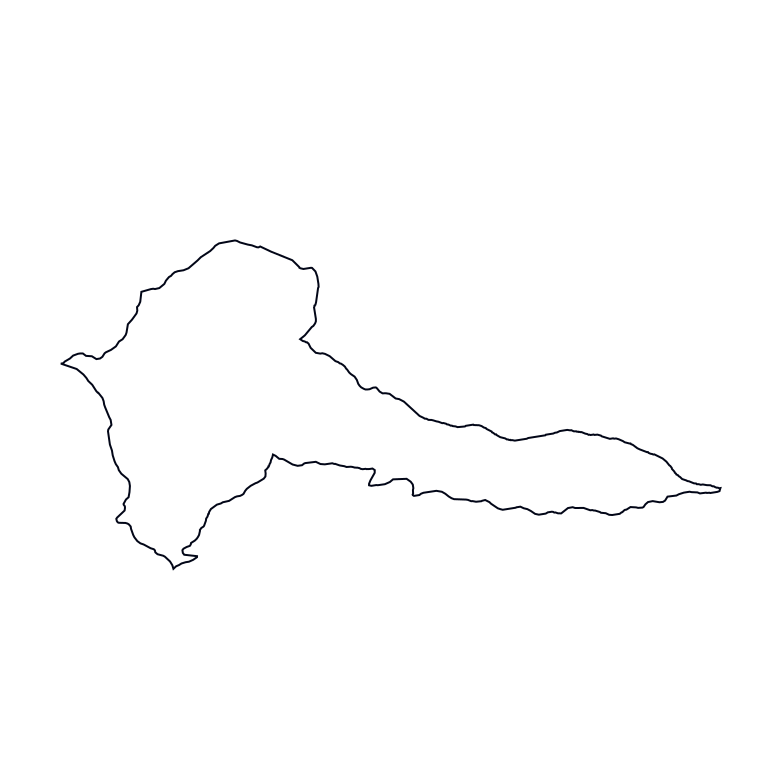 the district of Sarchi, Alajuela, Costa Rica, rotated 261°
{"feature_id": "36466004B48608079710211", "entity_name": "Sarchi", "entity_type": "district", "adm_level": 2, "iso_a3": "CRI", "parent_name": "Costa Rica", "parent_adm1": "Alajuela", "projection": "robinson", "projection_center": [-84.309, 10.161], "detail": "fine", "context": "isolated", "style": "outline", "palette": "ink", "viewbox_px": 768, "rotation_deg": 261, "n_neighbors": 0, "source": "geoboundaries", "source_scale": "gbopen_adm2", "svg_char_len": 6134}
<svg xmlns="http://www.w3.org/2000/svg" viewBox="0 0 768 768"><g transform="rotate(261 384 384)"><path d="M513.0,158.8L503.3,156.1L500.1,154.0L498.6,152.1L495.0,151.8L492.4,150.6L486.9,145.1L483.1,140.4L475.0,137.7L472.8,136.5L469.1,132.8L467.4,128.9L463.1,125.1L460.4,119.7L458.8,114.2L458.0,112.8L454.9,110.1L453.6,107.5L453.6,103.8L457.1,99.8L458.4,94.1L461.3,91.3L461.7,88.8L461.7,86.5L460.7,81.4L458.3,77.8L456.1,72.2L454.7,70.5L454.7,68.0L446.9,82.8L440.4,88.6L436.5,91.0L433.2,92.4L428.9,95.7L422.0,98.7L420.1,100.0L420.1,100.4L414.3,103.7L410.9,104.4L407.4,104.4L404.7,104.9L394.2,107.4L391.3,108.4L386.2,108.4L382.2,104.6L380.5,104.0L367.1,103.8L360.8,104.9L356.0,104.9L349.9,105.8L346.8,106.6L343.5,108.2L340.4,108.6L336.5,110.5L330.2,116.0L327.0,117.1L323.0,117.1L317.0,115.7L312.1,114.0L310.3,111.1L306.3,108.0L305.5,108.0L303.8,108.9L302.2,108.8L299.6,108.0L293.8,99.5L292.7,98.5L290.4,98.7L289.0,99.4L288.4,100.4L287.2,106.9L286.3,108.8L285.3,110.0L282.9,111.5L280.5,111.5L274.1,112.7L271.6,113.5L267.4,115.8L264.7,118.5L263.1,121.5L258.3,127.8L256.8,130.8L255.5,131.7L253.5,131.8L251.3,133.7L248.9,139.1L247.7,140.6L242.2,144.9L238.1,146.6L234.4,147.1L236.5,150.2L237.2,153.1L238.4,155.9L239.0,160.1L239.0,163.6L240.2,168.0L242.2,172.2L243.2,172.4L246.6,160.0L248.6,158.9L251.4,158.9L252.7,160.2L253.9,163.6L254.5,166.9L255.7,168.0L257.2,168.6L258.9,172.6L260.5,174.9L262.1,176.4L263.8,177.7L267.8,179.3L268.6,179.3L270.4,181.1L271.4,183.4L272.1,184.1L276.8,186.7L278.9,187.3L280.6,188.9L283.3,190.2L283.3,190.7L285.0,191.3L287.6,193.5L291.0,200.1L291.5,204.1L292.4,206.3L292.8,212.7L295.6,219.1L296.0,221.2L296.0,224.3L296.6,226.3L297.4,228.0L300.2,230.2L301.9,232.1L304.3,236.4L306.1,241.5L306.5,243.6L309.3,250.4L311.2,252.4L314.1,253.1L317.3,253.2L318.4,254.9L320.2,256.9L320.6,256.9L320.6,257.3L323.3,258.8L324.1,259.6L326.5,260.5L329.0,262.2L331.7,263.3L330.0,265.7L326.5,268.8L325.8,272.0L325.0,273.5L318.8,281.1L316.7,285.9L316.6,290.3L318.0,292.8L318.2,294.0L317.8,304.5L314.9,308.7L313.9,313.0L313.8,320.5L312.8,322.4L312.8,323.2L310.5,327.5L309.0,332.0L307.9,334.0L307.5,338.3L307.0,339.9L306.0,342.1L305.5,344.7L304.7,346.7L303.9,347.6L303.2,349.6L303.1,352.6L302.7,353.3L302.3,356.3L302.3,359.4L300.4,361.4L297.7,360.9L290.9,355.5L287.7,353.6L286.3,353.4L285.4,355.6L285.4,360.5L285.0,362.1L284.9,369.2L286.3,374.5L288.4,378.0L286.8,391.5L283.3,395.1L280.2,396.7L276.5,396.7L274.8,396.0L271.2,395.6L270.3,395.0L269.7,395.1L268.8,396.1L268.8,401.6L269.8,403.3L270.4,405.9L270.3,419.0L268.5,424.3L266.0,427.4L262.8,430.3L260.6,432.9L259.3,435.2L257.0,447.0L256.4,448.8L254.6,451.8L254.5,453.1L253.3,456.5L253.0,461.9L253.3,462.5L253.6,465.8L250.8,469.7L249.0,471.0L243.4,477.0L242.2,479.3L241.2,481.6L241.2,494.8L241.5,495.4L241.5,499.5L239.4,502.6L238.0,506.0L235.6,509.2L232.1,512.9L230.7,516.5L230.7,523.5L231.6,525.7L231.6,529.8L231.2,531.1L230.4,532.0L230.3,533.3L229.0,535.7L228.5,538.8L232.7,546.3L232.8,551.1L231.6,553.4L230.4,561.7L227.0,568.0L226.9,570.0L226.2,571.5L226.0,572.7L223.8,577.2L222.9,578.1L221.7,582.8L219.6,585.9L218.9,588.9L218.9,596.5L220.1,598.6L220.1,599.3L221.6,601.4L222.0,602.3L222.0,603.8L223.9,608.2L222.7,613.7L221.9,615.6L221.5,619.9L221.9,621.1L224.3,623.4L226.1,626.3L226.3,631.1L224.1,637.6L223.9,641.1L224.9,643.4L228.4,646.4L228.1,655.4L229.0,658.0L229.8,663.2L229.8,669.0L229.1,670.8L227.9,676.6L226.5,678.9L226.3,685.1L225.9,685.8L225.7,688.4L225.3,689.1L225.3,696.3L225.7,698.6L228.6,700.0L228.6,698.7L229.4,697.5L229.5,696.5L230.3,695.0L231.4,693.7L231.5,692.6L232.0,691.8L232.9,690.7L233.6,687.0L234.9,683.2L234.9,681.1L235.8,679.2L236.1,677.3L236.9,676.7L237.4,674.6L240.2,670.0L240.7,668.4L241.3,667.8L243.5,663.6L245.8,661.9L246.9,660.6L247.8,660.2L248.9,658.6L249.7,658.4L251.0,657.3L251.9,657.2L255.1,655.1L256.1,655.1L258.3,653.9L259.0,653.1L263.1,650.8L266.9,647.5L272.2,640.0L272.2,638.9L272.8,638.1L273.5,636.2L274.6,634.5L275.5,634.0L275.6,633.0L279.4,626.4L280.9,624.2L285.1,620.1L285.9,618.6L286.7,618.2L286.8,617.2L288.8,612.6L290.2,611.1L292.7,607.2L293.9,604.7L294.0,602.7L294.5,601.8L294.5,598.5L298.3,590.8L299.1,590.2L300.6,586.9L300.8,583.8L301.3,583.2L301.3,580.0L301.8,579.1L301.8,578.1L302.8,576.9L303.5,575.0L305.6,571.6L305.7,570.5L306.1,569.9L306.1,568.9L306.6,568.3L306.6,567.2L307.1,566.7L307.6,564.0L309.1,561.7L309.1,560.6L310.0,557.8L310.0,550.2L309.1,547.3L309.1,545.1L308.6,543.5L308.6,535.9L308.1,535.4L308.1,518.0L307.6,516.4L307.6,504.4L308.6,501.6L308.6,500.5L309.1,500.0L309.1,498.9L309.9,497.7L310.0,496.7L311.3,495.2L313.3,490.5L315.9,487.3L316.7,486.9L316.8,485.9L318.5,484.4L319.4,483.1L320.2,482.9L323.6,478.2L324.5,477.7L325.4,475.8L327.2,473.8L328.4,471.4L329.4,466.3L329.9,465.8L329.9,458.2L329.4,457.3L329.9,449.9L330.9,448.1L331.7,445.2L332.3,444.5L332.4,443.4L333.8,441.4L334.3,439.8L335.0,439.2L336.2,436.5L336.2,435.4L338.2,431.9L338.9,429.9L340.3,427.1L341.1,425.2L341.6,422.3L343.0,420.6L343.5,418.6L344.2,418.0L346.9,414.1L363.5,400.9L366.7,396.6L367.9,393.2L373.4,388.0L374.6,384.3L375.0,381.1L377.2,378.5L381.0,376.3L381.9,375.4L382.1,372.7L381.1,368.9L381.2,366.8L381.5,364.8L382.4,363.3L384.3,360.9L386.1,359.6L388.2,358.6L392.3,357.8L395.9,356.1L399.0,352.8L400.8,351.4L404.1,349.8L405.1,349.0L407.3,348.1L409.3,346.4L410.9,344.6L411.3,343.5L412.7,342.3L414.2,339.6L420.0,334.7L423.0,330.4L424.0,327.9L424.0,325.8L425.5,321.5L431.2,317.2L435.7,315.8L437.3,314.4L437.3,313.7L438.4,312.4L439.2,310.5L441.4,308.2L444.4,313.4L451.6,321.6L452.4,323.3L454.6,325.4L456.5,326.5L458.9,326.9L470.7,326.9L471.7,327.6L472.4,327.6L472.9,328.6L475.4,329.7L489.1,333.9L490.1,334.6L493.1,334.9L500.5,334.9L505.9,333.9L509.9,331.1L510.2,330.1L510.2,322.4L511.4,319.5L512.1,318.6L512.7,318.6L520.6,312.8L532.3,293.3L539.2,283.2L538.6,281.5L538.9,280.0L541.6,275.2L543.0,271.3L546.3,264.0L548.3,261.2L549.1,259.3L548.7,243.1L546.9,238.9L545.0,236.8L542.5,233.1L537.9,222.9L535.2,219.2L528.9,209.0L527.7,203.8L527.7,198.1L527.1,194.7L525.5,192.1L524.2,190.7L523.3,188.4L522.3,187.2L520.2,184.8L517.2,182.7L513.9,177.1L513.6,172.7L514.2,170.9L514.2,168.7L513.0,158.8Z" fill="none" stroke="#020617" stroke-width="2"/></g></svg>